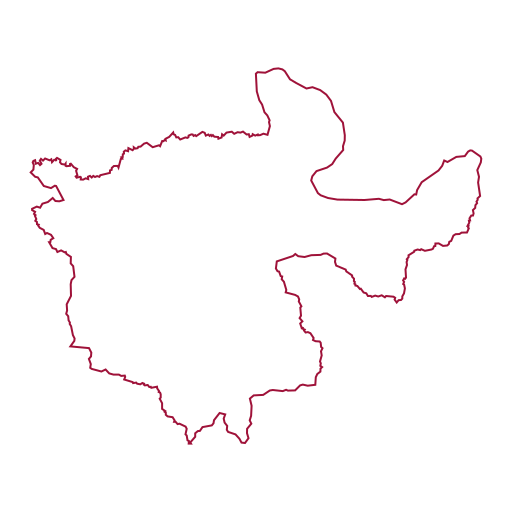 Lunte, Northern, Zambia
{"feature_id": "96606910B27526943690880", "entity_name": "Lunte", "entity_type": "district", "adm_level": 2, "iso_a3": "ZMB", "parent_name": "Zambia", "parent_adm1": "Northern", "projection": "robinson", "projection_center": [30.622, -9.828], "detail": "fine", "context": "isolated", "style": "outline", "palette": "rose", "viewbox_px": 512, "rotation_deg": 0, "n_neighbors": 0, "source": "geoboundaries", "source_scale": "gbopen_adm2", "svg_char_len": 5994}
<svg xmlns="http://www.w3.org/2000/svg" viewBox="0 0 512 512"><path d="M467.0,232.5L468.8,228.3L468.1,227.7L468.5,225.8L467.6,225.8L469.3,222.6L468.9,220.7L470.1,220.5L469.5,218.3L471.3,215.5L473.0,215.5L473.6,213.4L472.9,210.1L475.2,207.9L475.4,205.2L477.1,203.1L476.5,201.6L477.7,199.8L477.5,198.4L480.1,196.0L478.1,182.5L479.0,176.8L477.3,170.1L480.8,162.4L481.3,158.7L480.4,156.5L472.0,150.6L470.2,150.4L468.1,151.6L464.8,156.1L456.3,156.9L447.5,162.0L444.2,160.5L442.2,165.8L438.5,170.5L421.7,182.2L417.1,190.1L416.2,194.5L414.4,194.3L405.6,202.4L402.0,204.2L389.7,199.5L383.8,200.1L378.9,198.8L364.5,200.0L337.5,199.6L328.0,198.0L320.7,195.3L317.9,193.1L311.2,180.5L312.3,176.3L316.5,171.1L327.0,167.6L332.2,164.1L335.7,158.6L343.2,150.0L343.0,146.2L344.7,140.6L344.8,135.2L342.9,122.6L334.4,112.1L331.0,100.9L326.3,94.6L320.2,90.1L312.5,87.2L306.5,88.5L296.2,83.0L290.0,79.3L284.8,71.2L282.4,69.4L278.4,68.4L273.6,68.9L265.3,72.7L257.6,72.2L255.9,73.7L256.8,91.4L259.3,100.2L262.1,104.6L264.5,112.3L267.3,115.4L269.6,120.3L269.0,122.1L269.9,126.1L267.5,134.8L263.4,133.7L260.2,135.1L258.0,135.3L257.8,134.5L255.2,135.6L252.7,134.2L252.4,135.6L249.6,136.9L248.8,134.2L246.6,134.5L243.0,131.6L240.5,132.6L237.6,132.2L234.2,133.8L231.8,131.7L226.5,132.6L223.7,135.6L222.1,134.3L221.6,137.5L218.4,138.7L218.1,137.0L214.3,136.7L212.9,135.1L211.8,136.1L210.9,134.9L209.6,135.9L208.4,134.5L205.8,135.6L204.7,132.8L202.4,131.9L196.2,136.1L195.2,135.1L193.6,135.9L192.7,134.5L191.3,134.4L188.6,135.6L188.4,137.3L187.3,137.9L185.4,137.4L180.2,139.5L178.2,137.2L176.3,137.4L175.1,134.9L173.6,134.3L173.2,132.5L169.2,136.9L165.5,138.8L165.7,140.4L164.7,139.9L163.5,141.2L162.2,141.0L160.1,146.2L159.0,145.3L152.7,147.2L146.8,142.8L144.1,143.6L140.6,146.6L138.3,146.8L137.6,148.2L135.5,148.6L133.8,147.3L133.9,148.8L132.6,150.2L128.4,148.1L128.1,151.2L125.4,150.4L123.8,151.7L124.0,153.6L122.8,154.3L122.7,157.0L121.4,157.3L122.3,158.7L120.8,159.0L118.5,167.6L117.7,165.9L113.9,166.0L111.8,167.9L111.6,169.9L110.0,170.4L109.9,172.9L100.3,175.2L99.4,176.8L97.1,176.1L95.0,177.0L93.3,175.9L91.7,177.5L90.0,175.9L88.0,176.7L88.2,179.1L85.7,178.3L83.2,179.6L80.7,179.5L80.9,177.3L80.1,176.8L76.6,177.7L75.7,176.4L77.4,175.3L76.1,170.8L77.1,168.9L73.8,167.2L70.8,163.7L70.0,164.0L70.0,165.8L66.4,166.2L65.6,165.8L65.6,163.6L64.9,164.6L61.5,164.0L60.0,162.3L60.5,159.9L57.0,157.9L56.0,158.8L56.2,161.1L55.6,159.8L54.2,159.8L52.0,162.2L51.3,159.3L49.6,160.3L45.1,158.5L43.0,160.6L41.0,158.9L39.8,160.7L41.5,163.8L40.0,165.1L38.2,162.9L35.8,163.7L35.1,160.2L33.4,160.9L32.7,162.4L33.8,165.0L33.4,169.6L30.7,172.4L35.2,176.8L37.8,177.4L43.8,186.0L51.0,188.1L54.8,185.7L56.1,186.0L63.5,200.0L59.3,201.3L55.4,201.0L52.7,198.0L47.9,202.0L42.4,203.7L40.1,207.7L36.8,206.6L32.1,208.8L32.1,210.1L35.1,211.8L34.0,213.9L35.5,215.1L34.9,215.8L36.3,219.0L35.3,220.8L36.9,221.9L37.0,224.2L38.7,224.7L38.2,225.6L39.7,227.8L43.7,229.9L45.2,234.0L47.0,233.0L51.0,234.8L53.3,238.2L50.7,239.8L50.3,242.1L49.1,242.2L52.5,248.1L56.0,249.1L57.4,252.0L61.1,250.4L64.8,252.4L65.8,252.0L66.4,253.9L70.9,256.9L70.7,263.4L73.2,266.2L74.5,276.8L71.5,280.1L70.7,284.2L71.0,295.9L66.7,304.3L67.1,310.5L66.2,313.8L68.2,316.2L68.6,320.4L69.9,322.5L69.7,323.9L71.1,326.2L72.9,335.1L74.6,338.5L74.3,340.9L70.4,346.4L89.0,348.1L91.3,352.6L91.0,356.4L88.9,358.9L90.8,364.1L90.2,367.8L91.7,368.9L101.4,371.5L105.6,369.5L109.2,373.4L113.5,374.6L118.9,374.6L121.2,375.9L124.8,375.6L125.2,376.9L124.2,379.5L132.7,382.1L133.1,383.1L136.2,382.6L137.1,383.7L140.3,384.3L142.4,383.0L144.1,383.7L143.8,384.6L144.8,385.4L147.7,385.0L149.3,387.0L150.8,386.8L151.3,387.8L157.0,386.7L157.2,388.4L159.0,391.0L158.7,392.0L160.1,392.6L160.7,394.3L160.7,397.6L159.7,398.7L162.1,403.2L162.1,408.9L165.3,411.1L164.6,411.8L165.8,412.7L165.8,414.8L167.6,416.4L172.6,417.2L174.6,420.4L174.1,421.8L175.6,421.8L177.6,424.1L179.5,423.7L185.6,426.6L186.7,428.8L185.5,434.3L186.7,435.5L187.5,440.3L188.9,441.0L188.7,443.6L191.0,443.6L190.3,442.4L195.2,436.8L195.2,433.3L197.8,431.1L199.9,430.9L202.5,427.1L211.8,425.4L213.5,423.3L214.0,420.2L219.6,413.0L225.2,414.4L223.7,418.6L224.6,422.6L227.2,425.9L226.8,429.8L228.1,431.9L235.5,434.4L239.4,438.7L241.5,442.6L245.0,443.0L248.5,438.2L247.0,433.2L247.1,428.8L251.3,423.7L249.7,420.3L251.1,415.9L251.6,405.8L249.9,398.6L253.7,395.4L263.2,394.9L269.8,390.5L272.8,390.0L282.8,391.1L286.1,389.8L287.9,390.6L295.1,390.4L300.1,385.4L302.8,384.6L307.7,385.7L315.3,384.8L315.8,377.2L317.3,374.0L320.4,371.6L320.5,368.6L322.1,367.1L320.3,365.8L320.8,363.3L320.0,361.5L321.7,355.4L321.0,351.3L322.5,348.2L321.1,346.9L320.7,342.8L319.7,341.5L315.5,341.2L313.0,340.0L313.6,338.0L310.4,333.2L307.9,332.1L305.6,332.5L304.0,330.5L304.7,329.6L302.1,328.5L302.6,327.8L301.5,327.4L300.2,323.5L302.4,321.3L299.6,318.1L301.0,315.7L300.3,307.6L301.4,306.3L298.8,301.5L299.2,299.4L298.0,296.5L295.1,294.9L285.7,292.4L286.3,289.9L283.9,281.7L281.7,279.3L282.2,276.5L280.7,276.1L279.1,271.6L277.5,271.2L275.9,268.5L276.8,261.4L293.0,256.0L295.3,254.0L298.2,256.2L304.6,257.0L311.3,255.2L320.6,254.9L323.6,253.6L327.0,253.5L335.4,258.5L335.0,261.9L336.2,265.6L345.7,269.6L346.3,271.4L352.1,275.4L352.1,276.7L354.0,278.7L353.9,281.1L354.8,281.9L354.4,283.7L355.4,284.3L355.4,285.5L357.4,286.0L359.9,289.0L360.8,288.7L363.6,292.5L366.3,293.3L367.9,296.0L370.8,295.9L371.7,296.9L375.2,295.6L378.2,296.5L381.7,295.3L384.9,297.3L386.1,296.0L393.5,296.7L395.2,297.8L394.6,299.6L396.7,302.5L398.6,300.2L401.0,300.0L402.3,298.6L402.3,296.4L404.0,293.4L404.9,288.4L404.1,284.6L403.2,284.0L404.1,281.9L403.1,280.4L404.2,278.4L405.1,278.8L406.0,277.6L405.5,269.3L407.0,265.0L406.6,262.0L407.4,259.9L406.8,259.2L408.6,257.1L408.5,255.3L414.1,251.8L414.3,250.7L417.6,249.5L420.2,250.1L421.2,249.2L424.9,250.8L431.5,249.5L432.9,248.8L434.1,246.2L435.3,246.0L435.4,243.5L438.7,243.4L443.0,245.9L447.2,245.5L448.8,244.1L449.3,241.8L451.2,240.9L453.4,235.6L455.6,234.2L459.5,234.0L461.6,232.6L467.0,232.5Z" fill="none" stroke="#9f1239" stroke-width="2"/></svg>